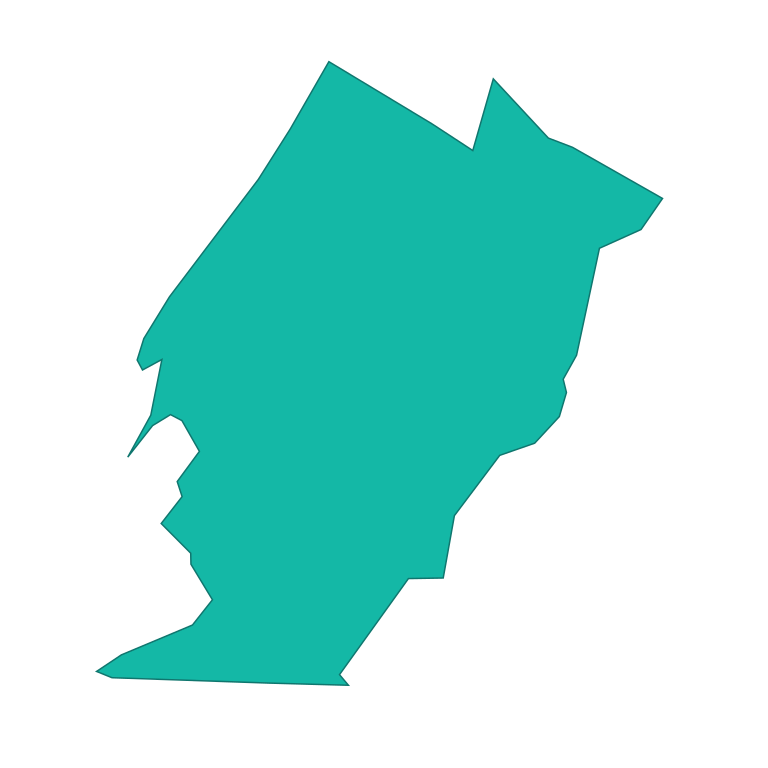 Blair, Pennsylvania, United States of America (Robinson projection), rotated 185°
{"feature_id": "52423323B298990066873", "entity_name": "Blair", "entity_type": "district", "adm_level": 2, "iso_a3": "USA", "parent_name": "United States of America", "parent_adm1": "Pennsylvania", "projection": "robinson", "projection_center": [-78.312, 40.493], "detail": "fine", "context": "isolated", "style": "filled", "palette": "teal", "viewbox_px": 768, "rotation_deg": 185, "n_neighbors": 0, "source": "geoboundaries", "source_scale": "gbopen_adm2", "svg_char_len": 705}
<svg xmlns="http://www.w3.org/2000/svg" viewBox="0 0 768 768"><g transform="rotate(185 384 384)"><path d="M499.6,629.9L527.0,576.9L605.3,452.2L627.2,408.4L632.0,386.4L625.8,376.9L607.4,389.1L613.6,332.6L632.9,288.8L610.9,322.4L594.0,334.9L582.1,329.9L562.0,300.8L581.5,268.8L575.3,254.2L593.8,225.6L561.8,198.6L560.6,187.6L536.1,154.1L553.8,127.2L622.0,91.3L645.3,72.6L629.4,67.7L473.1,76.0L393.2,80.8L403.0,90.6L342.7,192.3L308.1,195.9L302.4,259.0L262.5,323.0L228.7,338.2L206.5,366.8L201.5,391.4L205.9,404.4L194.7,429.4L181.2,538.0L141.4,560.3L122.7,593.1L216.8,636.2L241.7,643.3L301.7,697.5L315.9,624.3L358.6,647.2L467.0,700.3L499.6,629.9Z" fill="#14b8a6" stroke="#0f766e" stroke-width="1.5"/></g></svg>